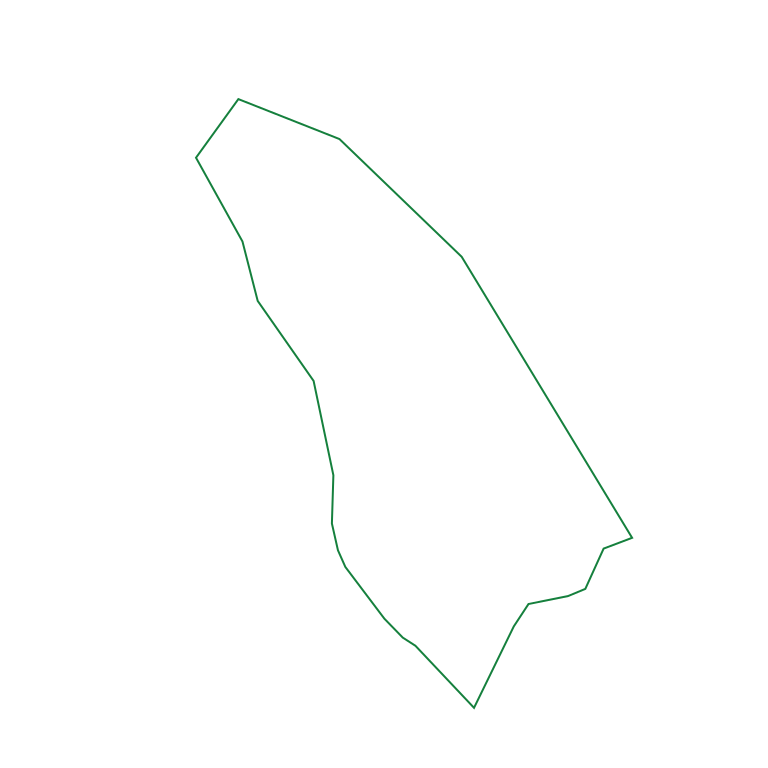 SVG path tracing the border of Hoce-Slivnica, rotated 55°
{"feature_id": "SVN-229", "entity_name": "Hoce-Slivnica", "entity_type": "Municipality", "adm_level": 1, "iso_a3": "SVN", "parent_name": "Slovenia", "parent_adm1": "", "projection": "equal_earth", "projection_center": [15.644, 46.488], "detail": "fine", "context": "isolated", "style": "outline", "palette": "green", "viewbox_px": 768, "rotation_deg": 55, "n_neighbors": 0, "source": "natural_earth", "source_scale": "10m", "svg_char_len": 427}
<svg xmlns="http://www.w3.org/2000/svg" viewBox="0 0 768 768"><g transform="rotate(55 384 384)"><path d="M324.4,247.4L652.3,269.0L644.8,298.5L667.3,336.6L663.3,354.8L647.1,391.8L657.0,416.7L700.9,496.0L616.5,508.4L602.5,514.1L576.5,518.3L511.7,520.6L493.8,517.1L468.4,506.7L429.7,477.8L341.1,439.9L243.5,439.8L186.1,418.2L90.8,408.2L67.1,339.9L157.8,280.0L324.4,247.4Z" fill="none" stroke="#15803d" stroke-width="2"/></g></svg>